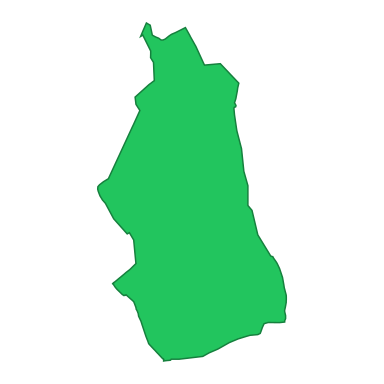 outline of Ar Rahad, North Kordufan, Sudan
{"feature_id": "16777658B34397203362025", "entity_name": "Ar Rahad", "entity_type": "district", "adm_level": 2, "iso_a3": "SDN", "parent_name": "Sudan", "parent_adm1": "North Kordufan", "projection": "robinson", "projection_center": [30.672, 12.815], "detail": "fine", "context": "isolated", "style": "filled", "palette": "green", "viewbox_px": 384, "rotation_deg": 0, "n_neighbors": 0, "source": "geoboundaries", "source_scale": "gbopen_adm2", "svg_char_len": 2850}
<svg xmlns="http://www.w3.org/2000/svg" viewBox="0 0 384 384"><path d="M272.8,256.7L272.7,256.7L270.7,256.0L268.5,252.4L257.8,234.9L252.0,210.4L248.0,205.6L247.9,205.5L247.9,185.7L243.8,171.2L243.7,170.0L243.7,169.9L241.5,148.7L236.9,131.0L236.9,130.9L236.7,129.9L234.5,114.9L233.9,108.3L234.4,107.2L235.6,106.9L236.0,105.7L235.5,104.5L234.5,102.9L235.8,98.8L237.3,90.9L237.7,87.9L238.8,83.2L220.3,63.7L204.5,65.1L203.6,63.3L195.8,46.3L194.7,44.4L194.6,44.2L190.0,36.0L190.0,35.8L185.4,27.6L185.2,27.7L175.5,32.6L171.5,34.3L169.0,36.0L165.3,39.0L163.0,40.0L161.2,40.0L160.8,39.8L158.7,38.2L155.7,37.0L153.1,35.6L152.3,35.1L150.2,25.2L146.4,23.0L142.8,31.3L140.7,36.4L142.8,35.1L150.7,51.0L150.7,53.7L150.6,57.7L153.5,62.4L154.3,80.6L149.0,84.6L135.1,97.1L136.0,104.4L139.9,110.5L133.3,125.0L132.6,126.4L108.4,178.7L103.5,181.7L99.5,184.8L97.9,186.7L97.8,187.9L97.7,189.1L98.3,191.5L100.0,195.9L102.5,200.0L105.4,203.3L113.7,218.8L127.2,233.9L129.4,232.7L133.7,240.0L135.9,263.3L136.0,263.5L129.8,269.6L126.4,272.2L123.6,274.6L114.9,281.8L113.9,282.7L113.7,282.6L113.2,283.1L113.4,283.2L112.9,283.6L112.7,283.8L113.2,284.2L113.6,284.7L115.3,287.3L117.0,289.3L122.3,294.5L124.0,295.6L124.9,295.1L124.5,294.8L124.5,294.7L124.5,294.8L124.9,295.0L125.4,295.3L126.1,294.8L127.4,296.0L131.2,299.4L132.5,300.5L133.8,301.8L135.5,306.3L135.7,306.8L136.0,307.7L136.1,307.9L136.1,308.6L136.1,309.0L137.2,310.9L137.3,311.2L138.2,313.5L138.6,316.2L141.0,321.3L142.1,324.8L143.8,329.9L145.9,336.2L147.2,339.6L147.3,339.8L147.8,341.0L148.7,343.7L149.1,344.1L149.5,344.6L152.2,347.5L152.8,348.1L153.5,348.9L154.3,349.7L155.2,350.6L155.7,351.2L156.8,352.4L157.1,352.7L157.6,353.3L157.9,353.5L158.7,354.4L160.1,355.9L160.9,356.8L161.2,357.0L161.4,357.3L162.6,358.6L162.8,358.8L163.2,358.7L163.4,359.0L163.5,359.1L163.8,359.4L163.7,359.7L163.7,359.8L163.7,360.0L163.7,360.3L163.6,360.7L163.6,361.0L165.6,360.7L167.3,360.5L167.5,360.5L168.7,360.4L168.9,360.4L169.2,360.3L169.8,360.3L170.2,360.2L170.5,360.2L171.1,359.4L171.2,359.2L179.0,359.2L201.1,356.6L202.8,356.4L209.2,352.8L212.7,351.3L214.1,350.7L218.0,349.0L224.7,345.2L229.3,342.6L238.1,338.9L246.2,336.4L250.0,335.3L257.8,334.6L260.2,333.4L260.5,332.6L261.1,331.1L262.3,327.6L263.3,325.4L264.1,323.7L264.7,323.5L268.1,322.5L269.8,322.5L277.7,322.6L278.2,322.6L279.6,322.6L284.1,322.1L284.7,322.0L284.7,320.7L285.3,319.4L285.5,318.9L285.6,318.6L285.6,317.2L285.6,316.8L285.6,315.9L285.6,315.6L285.5,315.1L285.0,313.1L284.6,311.1L284.7,310.1L284.9,309.2L285.2,307.8L285.3,307.4L285.5,306.3L285.6,305.8L286.2,302.4L286.2,300.5L286.3,300.1L286.3,297.0L286.2,295.2L285.7,293.2L285.1,291.0L284.8,289.7L284.4,288.3L284.3,288.0L283.8,284.7L282.5,277.4L280.8,272.3L279.6,268.7L278.3,265.9L277.4,264.0L276.7,262.7L275.5,260.9L273.8,258.5L273.1,257.3L272.8,256.7Z" fill="#22c55e" stroke="#15803d" stroke-width="1.5"/></svg>